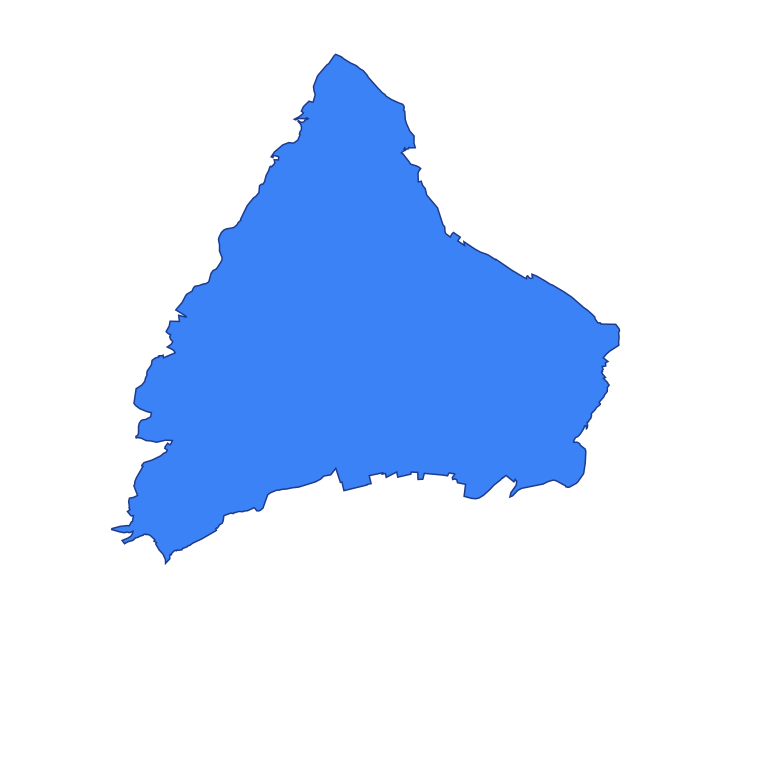 Acatari, Mures, Romania (Mercator projection), rotated 119°
{"feature_id": "2599482B54734654419593", "entity_name": "Acatari", "entity_type": "district", "adm_level": 2, "iso_a3": "ROU", "parent_name": "Romania", "parent_adm1": "Mures", "projection": "mercator", "projection_center": [24.657, 46.46], "detail": "fine", "context": "isolated", "style": "filled", "palette": "blue", "viewbox_px": 768, "rotation_deg": 119, "n_neighbors": 0, "source": "geoboundaries", "source_scale": "gbopen_adm2", "svg_char_len": 6159}
<svg xmlns="http://www.w3.org/2000/svg" viewBox="0 0 768 768"><g transform="rotate(119 384 384)"><path d="M522.2,593.3L523.3,590.5L524.0,585.5L523.1,578.0L521.9,573.5L525.9,572.2L530.6,575.3L532.2,577.5L533.7,578.7L537.0,579.0L540.2,578.1L546.4,574.7L548.6,574.7L550.2,575.6L551.3,574.6L550.1,573.1L549.1,570.2L548.8,564.5L547.0,560.8L545.2,554.7L539.1,547.9L536.0,541.7L540.5,541.4L541.0,541.8L540.7,544.5L545.1,545.0L545.3,544.6L546.5,544.6L546.8,541.5L549.4,541.5L551.4,543.1L555.3,544.6L563.1,550.1L569.1,555.8L572.5,556.4L572.9,554.9L573.7,555.4L574.3,554.9L585.9,555.1L590.0,554.6L592.4,553.5L594.3,553.4L601.0,545.5L604.6,548.1L607.3,551.3L610.7,550.3L614.3,547.5L616.0,546.9L617.1,545.2L619.9,546.6L621.8,541.8L621.8,540.9L620.6,539.4L626.3,537.3L627.0,538.1L631.6,538.1L632.3,539.9L636.5,545.8L642.4,551.9L643.3,551.5L641.5,543.6L640.1,539.3L637.9,536.6L637.6,534.9L636.8,533.9L634.5,532.2L636.7,531.5L639.8,531.6L643.0,533.3L647.8,537.2L649.5,533.5L646.2,531.5L642.5,527.8L639.1,526.7L637.2,524.7L635.5,523.7L633.0,521.3L632.2,521.3L630.8,519.6L631.1,519.4L629.9,516.9L629.8,515.0L631.3,508.8L633.0,509.0L633.0,506.1L634.6,506.1L638.2,500.1L639.9,494.9L643.5,490.0L646.8,488.1L640.7,486.6L638.6,487.9L636.8,488.4L636.4,487.2L634.8,487.6L631.6,486.5L630.9,486.1L630.5,484.7L629.5,484.6L629.2,483.3L627.0,480.4L625.5,480.4L621.8,477.2L620.6,477.1L619.3,475.6L616.2,474.3L607.7,468.2L593.3,459.6L592.1,461.0L591.1,460.7L590.9,460.0L590.4,459.8L586.7,459.5L584.2,458.0L581.8,458.3L576.7,460.2L571.1,455.3L570.5,453.1L569.6,452.8L565.8,449.1L564.2,445.7L562.5,444.2L561.0,441.9L555.4,437.8L555.3,436.8L556.6,433.7L555.8,432.2L554.6,431.0L551.3,429.7L537.4,432.0L534.3,430.7L528.8,426.3L527.5,424.0L525.7,422.3L522.7,417.8L519.6,414.4L515.4,408.5L502.7,396.4L497.9,393.3L493.8,392.1L489.2,386.5L481.1,385.3L491.2,374.4L490.1,373.3L496.7,367.3L481.5,350.9L480.3,349.8L480.0,350.1L477.4,347.0L471.3,352.5L462.3,342.1L463.7,341.9L461.6,339.3L464.6,336.8L454.8,330.2L458.8,326.8L449.8,316.8L447.8,317.5L444.9,311.6L451.0,308.0L448.5,303.9L442.6,305.4L435.0,288.1L433.5,283.9L431.0,284.1L429.9,283.6L429.3,280.9L428.6,279.9L428.6,278.4L432.7,278.9L434.2,277.6L432.4,275.6L432.7,273.6L434.7,271.9L432.2,264.0L443.4,259.5L441.6,252.0L439.8,248.0L437.6,245.6L433.0,243.0L425.2,240.3L419.3,238.9L411.7,235.7L408.7,235.0L408.8,234.6L404.8,232.9L406.6,223.0L403.8,223.0L404.8,221.4L404.7,220.8L408.4,219.3L417.5,220.3L421.8,219.1L419.4,217.3L412.2,215.4L408.5,213.0L394.3,196.3L389.8,193.2L386.1,189.5L385.4,187.8L385.1,185.4L385.1,175.8L385.7,175.2L385.3,173.3L384.4,171.9L377.7,167.7L375.5,167.0L366.3,166.0L365.1,166.1L355.3,169.8L345.3,174.7L343.4,176.4L342.4,182.4L341.3,184.1L341.3,186.9L343.0,189.9L342.1,190.4L338.1,190.6L336.0,189.0L332.7,188.1L326.3,187.7L323.5,188.2L322.6,187.4L322.7,187.0L324.9,185.3L323.9,185.0L321.6,185.8L319.2,187.7L318.6,187.7L317.9,186.8L316.4,187.1L313.9,186.5L311.2,187.1L309.8,188.1L308.9,188.2L304.4,186.9L301.4,186.7L297.4,185.0L296.4,185.2L296.1,186.6L295.6,187.0L288.8,185.5L286.6,185.8L282.4,185.1L278.6,187.0L276.0,186.5L275.5,187.0L275.5,187.5L274.2,189.6L272.7,194.8L270.9,193.5L269.4,197.6L268.2,199.5L267.2,198.9L266.5,199.7L265.1,199.4L262.9,201.6L260.8,198.8L257.8,200.6L255.8,199.0L254.8,204.9L250.0,204.0L245.6,202.4L236.3,197.4L233.3,199.3L229.2,201.0L225.3,203.7L223.3,203.8L221.7,205.2L219.5,210.3L225.5,221.6L226.4,223.6L225.7,224.3L225.8,224.8L226.9,226.5L224.7,231.0L223.3,232.0L222.3,235.1L220.8,241.8L220.3,246.6L217.0,262.0L216.2,270.6L215.8,284.6L216.2,287.2L215.8,292.5L215.6,302.9L216.2,307.8L218.0,306.7L218.7,305.5L219.9,305.9L220.6,307.2L220.7,308.4L219.8,310.6L219.9,311.1L221.3,311.2L222.8,310.5L223.0,312.6L222.5,327.5L220.7,346.6L221.2,346.6L220.6,355.6L221.9,363.6L221.9,370.1L220.8,383.1L223.8,380.8L223.1,388.8L218.6,388.5L217.8,396.7L219.7,397.3L223.3,397.3L222.6,402.5L221.6,404.2L217.0,407.2L216.2,409.6L204.0,422.6L198.0,438.3L193.2,442.6L191.5,446.6L188.6,449.8L190.6,451.8L190.3,452.2L183.0,456.5L180.6,456.8L177.9,456.3L177.4,457.9L177.5,461.2L178.8,467.3L177.5,469.7L173.6,478.9L173.8,480.1L173.5,480.9L169.8,479.5L169.1,480.3L167.4,480.5L167.4,480.1L169.2,478.7L167.8,478.2L166.3,476.6L165.4,477.1L164.9,476.8L164.8,475.6L162.2,471.2L158.6,474.7L152.5,477.9L150.3,484.0L145.4,490.5L142.4,493.6L135.4,498.1L135.0,499.7L133.4,499.9L131.5,501.0L130.3,503.2L131.0,507.6L131.6,515.3L131.3,521.5L130.4,523.4L130.1,526.6L128.1,533.0L123.4,546.4L122.1,548.4L120.0,554.1L119.9,558.2L119.0,562.6L119.5,569.5L119.1,576.6L118.5,579.8L119.1,586.1L121.3,586.8L130.6,587.6L132.8,588.7L145.3,591.3L147.5,591.4L158.0,589.9L161.3,587.5L164.3,584.4L171.1,582.8L172.1,582.8L173.0,586.7L180.3,588.9L181.6,588.8L185.4,588.6L185.9,586.0L187.2,586.1L191.6,587.9L195.9,590.8L195.8,589.3L193.2,587.4L190.4,582.0L188.5,580.3L188.7,578.9L191.7,581.0L193.9,581.3L195.4,583.5L195.2,586.6L195.8,586.7L197.4,582.5L199.6,580.5L202.0,579.4L203.8,579.8L206.3,579.2L206.3,578.3L212.5,577.6L217.2,579.9L219.1,584.4L223.9,588.4L234.1,592.3L240.0,592.8L239.8,590.9L238.6,591.4L237.5,590.8L236.5,587.7L236.4,586.2L239.2,585.0L241.1,588.7L243.9,586.5L248.5,587.6L248.5,588.7L249.7,589.1L253.1,588.3L258.9,588.2L264.7,586.6L267.8,586.7L268.7,588.1L270.9,589.0L277.2,586.2L281.8,587.0L284.7,588.4L294.3,590.1L309.4,589.3L310.0,588.6L313.5,589.8L315.8,589.7L319.3,590.9L321.0,592.3L324.4,596.7L326.7,598.6L330.4,599.7L335.7,599.4L337.9,598.8L342.2,595.2L347.5,592.3L352.1,586.7L354.1,585.9L357.1,585.8L363.8,586.3L365.4,586.8L367.5,588.5L371.1,588.9L379.0,586.9L380.3,587.1L382.6,588.5L384.0,590.4L387.7,593.6L390.2,596.8L392.7,597.2L395.9,596.9L400.7,599.8L402.4,600.3L410.5,600.1L420.2,602.0L420.6,590.4L421.2,589.5L421.8,590.4L423.4,596.9L428.5,593.3L432.8,601.5L437.6,599.9L443.5,600.0L443.9,599.8L444.4,597.8L444.6,595.9L444.3,594.6L446.7,594.2L448.5,592.2L449.1,589.6L449.9,589.2L452.7,589.5L456.7,591.5L456.4,585.9L456.9,583.4L458.0,581.8L467.9,589.5L465.9,591.2L467.0,592.0L468.4,594.5L468.8,594.7L469.0,594.0L469.4,594.0L472.1,596.6L475.7,598.3L480.2,596.7L487.4,597.4L490.0,596.5L491.2,595.6L494.4,595.5L497.7,594.5L502.2,595.3L508.3,598.5L522.2,593.3Z" fill="#3b82f6" stroke="#1e3a8a" stroke-width="1.5"/></g></svg>